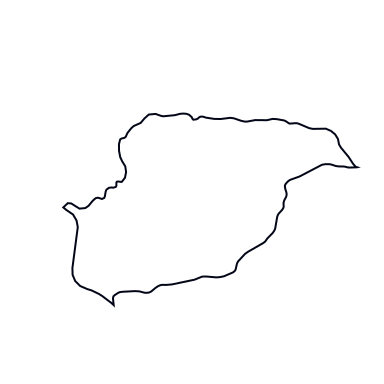 outline of Artigas, rotated 320°
{"feature_id": "URY-6", "entity_name": "Artigas", "entity_type": "Department", "adm_level": 1, "iso_a3": "URY", "parent_name": "Uruguay", "parent_adm1": "", "projection": "mercator", "projection_center": [-56.902, -30.588], "detail": "fine", "context": "isolated", "style": "outline", "palette": "ink", "viewbox_px": 384, "rotation_deg": 320, "n_neighbors": 0, "source": "natural_earth", "source_scale": "10m", "svg_char_len": 2433}
<svg xmlns="http://www.w3.org/2000/svg" viewBox="0 0 384 384"><g transform="rotate(320 192 192)"><path d="M89.6,120.7L92.1,123.1L95.1,132.4L99.9,135.7L103.8,136.1L110.5,134.9L114.2,134.8L116.3,135.9L118.6,139.5L121.0,140.1L122.5,139.3L126.1,136.2L128.0,135.2L131.0,135.4L133.0,136.6L134.6,138.2L136.9,139.1L138.1,138.6L140.0,136.3L140.9,135.8L142.1,136.4L144.0,138.5L144.8,139.1L149.8,138.0L154.3,134.4L157.4,129.4L158.2,123.8L159.4,119.2L162.6,113.5L166.9,108.3L170.7,105.6L172.3,105.7L175.1,107.1L176.8,107.1L179.8,105.6L180.9,105.2L186.6,104.1L189.7,104.0L197.1,106.1L202.8,105.1L208.7,104.9L214.3,108.8L217.1,113.6L218.6,115.5L228.2,122.1L233.0,124.4L235.6,126.2L237.9,128.4L239.4,130.9L239.9,134.5L239.4,136.3L239.5,137.5L242.0,139.1L243.6,139.5L245.1,139.4L246.6,139.6L248.2,140.7L249.1,141.7L250.4,143.9L256.2,150.5L258.1,152.1L260.7,154.4L268.9,159.7L271.4,162.4L275.2,168.7L277.4,171.7L279.5,173.5L286.6,177.5L295.6,185.2L300.7,187.8L303.8,190.7L308.7,196.6L309.5,198.5L310.0,200.4L310.6,202.2L312.4,203.6L315.3,205.6L316.7,206.9L317.7,208.4L322.8,218.4L325.1,221.3L335.2,229.5L337.7,234.5L338.7,239.9L337.9,245.2L335.2,250.1L334.6,254.0L334.5,265.8L333.5,274.0L333.6,277.9L334.4,279.2L334.2,279.1L328.5,274.6L327.2,273.4L325.7,271.2L324.5,269.9L320.6,266.5L318.8,264.4L316.5,260.7L315.4,259.3L312.2,256.5L309.7,255.0L308.7,254.6L284.2,249.2L275.6,246.0L274.4,245.7L272.9,245.5L270.1,245.8L268.5,246.2L267.4,246.7L266.8,247.4L266.3,248.1L265.4,249.7L264.3,252.4L263.4,254.1L262.8,254.8L261.5,255.9L260.8,256.3L257.3,257.7L255.8,258.7L255.1,259.2L252.9,262.0L252.3,262.6L251.5,263.0L249.7,263.6L244.5,264.3L242.8,264.9L241.3,265.8L232.3,273.4L230.9,274.2L229.2,274.8L227.2,275.3L219.8,276.0L216.2,277.0L214.0,276.9L196.5,273.8L192.8,273.5L182.6,274.8L181.6,275.2L180.1,276.0L175.9,279.2L175.1,279.6L174.2,279.9L173.2,280.0L171.6,279.9L162.3,277.1L158.6,275.1L155.7,273.0L148.6,265.9L146.2,263.9L145.0,263.2L137.6,260.8L117.2,249.9L112.1,246.3L111.2,245.4L108.7,243.4L107.4,242.9L105.8,242.4L102.6,242.0L97.1,242.0L95.8,241.8L94.3,241.3L92.5,240.1L91.5,239.2L90.7,238.4L88.2,234.8L87.0,233.5L84.4,231.1L74.4,223.6L72.3,222.3L70.6,221.8L66.4,221.3L64.8,221.4L63.8,222.1L63.0,222.8L59.3,228.3L58.9,225.1L57.8,220.4L56.4,214.1L55.1,210.1L51.7,202.6L49.4,199.1L45.9,192.1L45.3,185.1L47.3,178.7L51.5,173.4L81.9,145.5L85.2,139.7L86.4,132.8L84.2,125.1L83.5,121.1L89.6,120.7Z" fill="none" stroke="#020617" stroke-width="2"/></g></svg>